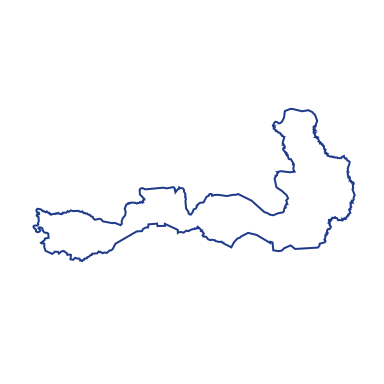 the district of Tatale Sanguli, Northern, Ghana, rotated 83°
{"feature_id": "2480657B76540044095481", "entity_name": "Tatale Sanguli", "entity_type": "district", "adm_level": 2, "iso_a3": "GHA", "parent_name": "Ghana", "parent_adm1": "Northern", "projection": "robinson", "projection_center": [0.423, 9.141], "detail": "fine", "context": "isolated", "style": "outline", "palette": "blue", "viewbox_px": 384, "rotation_deg": 83, "n_neighbors": 0, "source": "geoboundaries", "source_scale": "gbopen_adm2", "svg_char_len": 5966}
<svg xmlns="http://www.w3.org/2000/svg" viewBox="0 0 384 384"><g transform="rotate(83 192 192)"><path d="M130.7,60.4L127.2,63.0L125.0,66.6L125.3,72.9L121.8,82.1L121.5,84.3L123.0,90.0L129.5,91.6L133.3,94.3L134.3,95.9L134.5,97.5L132.8,99.3L132.5,100.6L133.0,101.6L136.1,103.7L137.0,103.3L136.8,102.2L137.4,102.7L137.9,102.1L139.1,103.1L141.1,101.0L141.7,101.3L142.1,100.1L143.5,99.2L143.8,97.9L145.1,96.7L145.7,96.9L146.9,95.4L147.5,95.6L148.6,93.6L154.5,96.1L155.6,95.4L156.1,95.9L156.2,95.2L158.2,94.4L158.9,95.4L159.6,94.8L160.3,96.3L161.9,96.1L163.5,94.5L164.2,94.7L164.6,93.7L165.6,93.9L165.5,93.4L166.2,93.5L166.6,92.8L167.3,93.2L167.4,92.5L170.7,92.1L171.2,91.7L171.4,89.9L175.5,88.1L176.8,88.4L177.0,87.5L181.9,88.7L184.3,87.7L184.4,92.2L182.2,101.0L182.5,104.9L183.3,104.2L185.0,105.8L185.5,105.5L186.5,106.5L186.4,107.3L187.7,107.5L188.7,108.4L197.7,107.6L201.8,102.7L206.7,98.5L210.0,97.4L211.8,99.5L214.3,99.0L215.1,99.6L215.6,99.1L215.8,100.0L216.6,100.2L217.1,101.1L218.0,101.5L218.9,100.9L219.6,102.4L222.2,103.1L223.3,104.1L223.6,109.2L225.0,114.1L223.8,117.8L222.7,118.8L220.7,122.7L207.9,133.9L199.6,146.5L200.1,148.3L199.8,152.3L200.3,157.7L197.9,166.8L197.7,170.1L198.2,172.5L196.6,172.7L196.1,174.2L196.3,175.0L197.6,175.6L198.6,178.2L203.7,181.8L203.7,185.4L205.0,187.6L206.1,188.2L206.0,189.0L207.9,189.4L209.1,190.6L209.5,192.5L212.3,194.0L214.3,195.9L214.2,196.6L212.9,198.0L211.4,197.9L207.6,199.9L199.9,199.6L198.3,198.9L196.4,199.4L196.1,198.9L194.6,199.3L193.3,198.7L190.6,199.9L188.7,199.7L187.1,200.9L186.7,203.3L185.9,204.1L187.2,204.5L187.2,205.3L189.6,207.8L188.4,208.2L189.3,208.6L185.7,209.0L184.9,209.9L185.3,216.8L184.2,219.9L183.7,237.9L182.1,240.8L182.3,242.7L183.5,243.7L188.1,244.0L193.3,240.0L193.8,240.2L193.9,241.2L195.0,242.0L195.8,241.8L195.6,242.4L196.3,242.6L195.9,243.0L196.3,244.4L195.7,244.8L196.5,246.2L196.2,247.3L196.7,248.2L195.7,249.9L195.1,253.8L195.7,255.3L195.2,255.6L195.5,256.9L196.1,257.1L196.4,258.7L200.6,260.9L203.6,260.2L207.0,261.2L209.6,263.9L212.5,265.4L215.0,265.5L216.2,266.9L213.2,272.4L213.3,274.7L210.3,284.0L208.1,285.5L207.3,287.1L207.7,291.9L205.5,293.6L204.5,293.6L203.6,295.5L202.2,296.1L201.9,297.6L200.5,298.8L200.6,299.9L199.6,301.2L199.8,302.1L197.8,303.3L198.2,304.7L197.6,306.3L196.9,306.7L196.4,312.6L195.5,314.5L196.6,316.5L196.5,317.4L195.9,317.7L197.2,319.4L196.8,322.6L197.7,323.1L197.4,323.6L198.1,324.2L197.5,326.3L196.4,327.2L197.1,328.7L196.5,329.4L197.2,330.6L196.8,331.7L197.3,334.7L196.6,334.9L196.6,335.9L195.2,336.1L195.3,337.1L193.6,338.5L194.3,339.8L192.6,341.8L192.9,342.4L190.8,344.1L189.8,347.5L190.8,348.6L192.6,348.6L193.4,348.1L193.7,346.6L195.4,346.4L195.6,347.0L194.6,347.6L196.1,349.0L197.3,348.6L198.1,347.4L202.1,347.6L204.3,348.7L205.3,348.5L206.4,349.2L206.1,352.6L207.0,353.6L208.3,353.3L210.4,351.4L211.9,351.7L212.6,351.1L213.2,349.5L212.4,347.7L211.5,347.1L209.2,348.8L208.6,348.1L208.8,346.3L209.7,345.0L212.7,344.5L213.9,343.7L214.7,342.5L214.8,341.0L215.8,339.8L220.0,339.9L220.3,343.7L221.9,344.2L224.0,348.1L224.7,347.5L224.8,345.5L225.4,344.8L228.4,345.4L232.5,344.6L236.4,338.2L234.5,335.4L235.1,332.3L236.9,331.6L235.2,329.1L234.8,326.6L237.7,323.5L239.2,323.4L239.2,320.8L239.8,319.8L244.0,320.8L244.8,318.3L243.1,315.9L244.0,314.2L244.3,312.3L246.0,310.6L246.4,311.1L247.1,309.4L246.5,309.0L246.2,307.5L245.1,307.1L245.0,304.4L244.2,304.2L243.4,301.6L242.3,300.6L242.3,299.2L241.1,298.7L241.3,293.6L239.8,291.9L240.3,291.4L240.0,290.6L241.9,288.2L241.3,286.6L242.1,284.0L240.0,280.9L240.1,279.8L239.2,277.8L234.0,274.3L224.4,251.7L224.7,246.5L222.6,244.9L221.6,242.0L221.8,239.9L218.8,239.2L219.1,230.5L221.6,230.4L222.3,222.9L220.3,222.8L227.8,210.8L230.8,211.0L230.2,210.0L230.5,207.4L231.3,205.4L229.7,202.4L230.5,200.0L229.9,199.4L229.0,196.2L229.1,194.1L228.5,193.8L228.9,192.2L227.2,190.6L228.1,189.7L228.8,190.0L229.2,188.7L230.7,187.7L231.5,187.9L231.5,187.3L231.9,187.7L232.8,186.3L234.7,185.3L235.5,186.1L236.6,186.0L236.6,186.6L237.5,186.3L238.2,183.4L240.9,181.8L242.0,179.7L241.8,178.0L242.7,175.1L243.5,174.7L244.9,171.1L244.9,168.7L246.1,168.0L246.2,166.9L247.0,166.7L251.7,159.7L247.2,156.6L243.7,152.6L243.2,150.0L242.3,149.1L239.4,141.3L242.5,133.1L252.2,120.5L251.0,120.2L251.9,118.2L259.8,118.4L261.3,113.2L261.1,110.0L259.0,107.3L257.0,100.6L261.1,96.6L262.5,73.8L260.9,72.1L258.9,71.6L258.1,66.3L257.3,65.6L256.6,65.5L255.5,66.4L254.7,65.6L251.4,64.9L251.7,64.5L250.5,63.2L249.4,63.7L248.8,63.3L249.0,62.4L247.0,62.7L245.9,62.1L245.4,61.4L245.6,60.0L244.0,58.5L243.0,58.5L241.9,59.4L240.9,59.1L239.7,60.1L239.4,59.2L238.5,59.4L238.6,58.8L237.8,58.4L237.2,59.7L236.5,59.5L236.7,58.9L235.8,57.2L236.4,56.9L234.6,55.8L235.2,54.5L234.4,53.1L235.4,52.6L235.6,51.3L237.9,50.3L237.7,49.0L238.6,46.1L238.1,45.5L237.3,45.8L237.6,45.3L236.6,44.0L237.7,43.2L237.5,42.6L235.3,41.5L235.2,40.6L233.8,40.0L234.0,39.5L233.3,39.4L232.0,37.4L229.1,38.1L228.6,37.1L228.1,37.7L227.0,36.4L226.3,36.4L226.2,35.8L223.6,36.3L222.8,35.3L221.9,35.9L221.1,34.5L221.5,34.0L220.0,34.3L220.0,33.1L219.3,32.4L217.3,32.3L215.0,30.9L208.8,32.4L207.9,31.6L203.9,31.5L203.9,30.7L203.1,30.4L202.4,31.9L201.7,31.5L201.5,32.8L200.3,32.8L200.0,34.2L197.7,33.6L197.1,34.6L196.6,34.0L196.0,34.9L195.6,34.4L194.9,35.1L192.8,35.3L191.5,34.3L190.7,35.3L189.3,34.5L187.7,34.6L182.9,32.2L181.1,31.9L179.3,34.2L177.4,34.7L177.5,35.8L176.2,36.7L174.8,36.8L175.2,38.6L176.6,39.8L176.1,43.2L175.4,43.9L175.0,46.7L174.3,47.0L174.5,48.2L173.7,49.1L173.8,50.2L172.4,53.1L171.3,53.4L170.9,52.8L170.0,54.7L169.5,54.0L168.2,55.3L166.2,54.3L165.5,55.6L162.6,55.5L162.3,56.3L160.8,56.5L160.9,57.1L159.4,57.8L159.8,58.2L159.5,59.1L157.9,58.9L157.3,60.1L156.8,59.7L154.6,60.4L153.7,61.4L153.3,60.8L152.7,62.6L152.3,61.7L151.6,62.9L149.0,63.2L148.5,62.6L148.1,64.0L147.2,64.0L146.7,63.2L145.4,63.6L145.8,62.1L144.8,62.8L144.1,62.6L144.3,63.3L142.4,63.5L141.5,62.5L142.0,61.6L141.5,61.0L140.6,61.1L136.7,59.1L130.7,60.4Z" fill="none" stroke="#1e3a8a" stroke-width="2"/></g></svg>